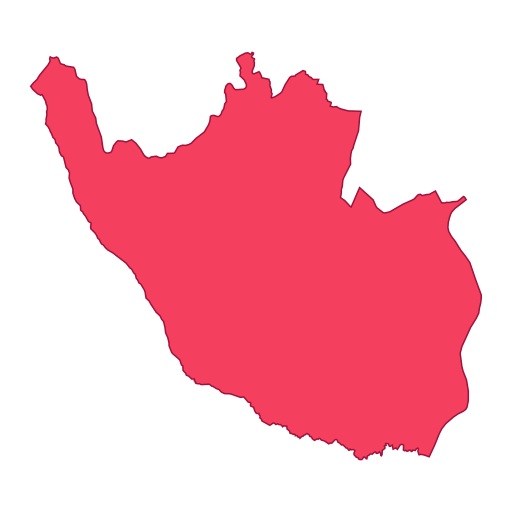 Espinal, Tolima, Colombia (Robinson projection)
{"feature_id": "7082276B91766477501685", "entity_name": "Espinal", "entity_type": "district", "adm_level": 2, "iso_a3": "COL", "parent_name": "Colombia", "parent_adm1": "Tolima", "projection": "robinson", "projection_center": [-74.907, 4.169], "detail": "fine", "context": "isolated", "style": "filled", "palette": "rose", "viewbox_px": 512, "rotation_deg": 0, "n_neighbors": 0, "source": "geoboundaries", "source_scale": "gbopen_adm2", "svg_char_len": 5938}
<svg xmlns="http://www.w3.org/2000/svg" viewBox="0 0 512 512"><path d="M30.7,86.3L33.0,89.6L37.5,93.7L40.6,95.2L42.1,94.6L45.5,100.9L46.2,104.1L47.1,106.1L47.3,109.5L46.6,111.6L46.9,114.6L46.0,119.5L46.2,121.6L45.5,123.9L48.0,126.6L49.7,129.7L50.3,131.6L51.6,133.8L53.0,137.5L55.0,139.4L55.7,142.9L56.7,143.9L58.8,147.1L59.5,152.1L61.4,155.8L62.9,156.5L63.6,157.3L66.1,167.6L68.2,169.7L69.5,172.9L69.1,178.1L70.4,182.6L72.9,189.0L72.9,193.1L74.7,198.6L76.5,201.9L80.4,205.7L80.6,209.8L81.0,210.6L82.8,211.9L83.4,213.6L85.6,216.2L88.5,221.5L91.1,223.0L90.6,227.3L90.9,228.9L94.7,232.6L96.6,235.3L97.7,238.2L99.4,239.7L100.6,242.6L101.9,244.2L103.5,245.1L105.3,247.6L108.0,250.1L112.6,252.7L126.1,263.1L129.7,267.7L131.9,269.5L133.7,272.9L135.4,274.5L136.3,278.4L137.6,279.8L139.0,283.0L140.6,283.9L141.3,284.9L144.2,289.7L145.1,292.0L146.0,298.0L149.3,301.2L150.6,303.8L156.2,312.3L160.0,315.8L161.7,319.3L163.6,321.6L165.0,327.4L165.6,332.8L167.8,337.7L169.0,342.9L169.1,345.9L171.7,352.4L172.5,353.5L179.8,359.9L181.5,365.0L182.8,365.9L183.1,370.5L185.6,373.2L186.3,375.1L188.8,376.2L191.8,379.1L194.4,378.9L194.6,379.4L194.2,380.7L195.6,381.7L195.3,382.6L195.6,383.1L197.2,383.7L199.7,383.8L201.1,384.6L209.3,384.2L211.8,386.2L212.8,386.3L216.6,388.7L218.8,389.4L221.3,392.0L224.5,393.6L230.2,393.8L240.6,397.4L243.7,396.9L248.2,402.1L250.4,402.6L250.8,403.6L250.4,404.9L250.6,406.0L253.6,407.3L254.7,410.8L255.8,412.8L256.8,413.5L259.0,413.5L259.0,414.7L260.1,415.8L259.8,417.8L261.5,419.4L262.0,421.0L269.6,425.2L270.6,424.9L273.0,423.1L273.9,423.1L274.7,423.4L275.7,424.5L277.7,423.8L278.8,424.6L280.7,424.6L282.7,426.8L283.6,425.9L286.8,426.2L287.0,428.9L289.5,431.1L290.1,433.3L291.8,433.6L293.1,434.3L294.7,434.3L295.5,435.1L295.3,435.7L297.4,435.8L298.0,437.1L299.4,437.3L300.0,438.3L301.6,436.6L303.1,436.2L303.6,435.3L305.2,434.8L306.8,433.5L308.9,434.6L310.0,436.5L311.5,437.0L312.3,438.7L314.5,440.4L316.9,439.0L318.2,439.2L319.1,438.4L319.8,438.5L321.4,440.1L324.4,440.9L328.8,443.9L329.9,443.1L331.9,443.1L335.1,439.7L336.4,439.5L337.1,440.1L338.1,442.4L339.6,443.0L341.4,445.0L343.0,444.8L346.1,448.0L347.3,448.2L348.6,450.1L349.7,450.1L350.2,449.1L351.3,449.8L353.2,449.6L354.5,450.1L354.9,450.9L353.9,453.2L354.1,454.8L356.2,457.1L358.3,457.9L358.6,459.0L360.0,459.6L361.8,459.6L364.0,456.9L364.7,457.1L366.1,458.7L366.9,458.8L367.3,456.1L369.0,455.2L370.1,454.0L372.4,454.1L374.4,452.2L375.2,451.9L375.9,452.2L376.2,453.3L377.0,453.4L378.1,453.1L379.4,451.8L380.8,453.9L380.8,455.5L381.4,455.8L382.0,454.7L382.3,450.5L384.9,448.3L385.0,447.4L384.3,446.2L384.7,445.7L386.1,445.4L385.5,444.0L385.8,443.5L388.3,443.7L389.4,446.3L390.4,446.3L392.3,445.1L393.1,449.2L395.8,447.9L397.4,449.4L400.4,444.6L402.8,444.5L403.5,445.2L403.4,450.1L404.9,450.8L405.8,450.2L407.0,451.3L408.2,451.0L409.4,450.0L410.3,450.2L411.3,451.5L412.1,451.3L412.7,450.1L415.4,450.5L416.5,448.5L417.9,448.2L418.3,448.9L417.9,451.5L418.9,454.7L419.7,454.8L420.6,454.3L424.2,455.0L429.2,456.8L434.8,444.7L439.3,433.6L442.0,428.4L445.8,423.6L453.6,416.9L457.8,414.0L463.2,411.3L465.7,409.4L466.9,407.5L468.3,400.8L468.3,390.9L466.5,380.0L463.1,371.3L461.9,366.6L460.2,353.6L460.5,351.9L461.9,346.5L470.6,327.4L476.3,318.2L478.7,313.3L479.4,308.3L480.7,302.8L481.3,297.7L481.2,294.8L475.8,280.2L469.8,262.5L465.0,255.6L461.0,250.6L455.1,241.2L451.4,236.4L448.7,231.4L447.9,227.5L448.3,222.4L449.4,218.0L450.5,214.5L451.7,212.1L455.0,208.4L466.2,199.7L464.5,197.0L463.5,196.5L457.7,201.3L452.3,201.8L449.3,202.5L446.5,202.3L445.2,203.0L441.6,202.8L435.4,191.0L429.3,194.4L426.8,194.5L423.0,195.4L421.7,195.3L420.4,194.3L419.0,194.5L417.7,195.1L414.2,199.0L412.8,199.8L403.2,204.1L389.7,211.9L384.4,213.0L383.1,212.6L377.0,207.8L375.9,206.2L373.2,199.9L359.6,187.6L351.2,207.0L350.1,206.3L344.7,200.5L340.5,197.6L341.3,193.1L341.4,189.2L342.3,186.5L342.8,180.4L343.4,178.4L350.6,164.2L350.4,158.7L351.0,153.4L351.7,150.5L353.0,148.4L353.8,145.0L358.5,130.8L359.7,117.0L361.1,111.3L348.2,110.9L340.7,108.9L338.2,107.8L336.6,106.6L333.5,107.0L330.2,106.2L331.2,103.1L331.1,102.3L327.7,101.1L327.5,100.0L326.4,99.3L326.7,93.3L325.4,92.2L325.2,91.1L324.5,90.9L322.8,84.5L317.1,84.2L318.7,79.4L312.9,79.4L311.0,77.4L308.8,76.5L308.0,75.0L305.7,74.3L305.4,71.4L303.0,70.6L295.8,74.9L295.0,76.1L291.5,76.3L289.7,77.5L285.2,84.6L281.9,91.8L280.4,93.3L275.1,96.7L271.7,97.9L271.2,97.4L272.1,93.7L271.4,92.6L271.3,89.4L269.9,85.6L270.1,82.1L269.2,80.5L269.0,79.3L261.7,77.7L261.6,76.6L260.1,73.1L259.0,71.7L254.3,73.7L253.2,73.7L252.5,73.2L252.1,72.2L252.3,71.0L254.2,66.0L254.4,62.7L253.8,60.6L254.5,59.5L254.4,58.7L252.6,58.0L251.7,57.0L251.8,56.2L253.3,54.4L253.5,53.0L252.1,52.4L251.4,53.9L250.3,54.1L247.9,52.8L245.4,53.1L240.2,55.7L237.1,58.0L236.6,58.4L236.5,59.6L236.6,60.5L240.8,67.6L240.8,68.6L239.9,70.5L240.4,72.1L240.0,75.9L244.3,80.0L246.3,84.4L246.4,86.6L245.4,88.2L243.7,89.2L235.5,89.7L233.8,88.4L232.2,85.4L230.8,83.9L230.0,83.4L228.1,83.7L226.0,85.9L224.7,90.4L224.6,92.7L225.7,93.9L226.4,101.5L224.7,103.9L223.8,108.7L222.0,111.4L221.0,114.3L219.3,116.2L217.6,116.6L214.1,115.4L213.0,115.4L211.4,115.7L210.4,116.5L209.9,120.9L208.7,124.6L204.4,131.9L195.9,138.5L191.5,143.0L188.8,144.6L185.5,145.4L182.4,145.2L178.0,146.9L174.8,152.5L174.0,153.2L167.4,153.4L165.5,156.5L161.7,157.9L158.9,157.4L156.4,156.2L151.2,156.9L149.4,158.2L147.7,158.0L145.3,156.5L143.6,154.6L140.5,149.1L136.0,143.3L131.6,139.7L126.0,142.0L122.7,141.1L117.9,140.8L116.4,142.0L113.5,145.8L111.9,150.8L111.2,151.9L109.9,152.7L107.4,153.1L106.0,152.8L104.5,151.8L103.6,150.4L102.9,147.8L101.3,136.9L96.4,123.5L95.7,118.0L92.3,111.1L91.6,103.9L88.3,95.2L87.2,89.4L86.7,84.2L85.9,81.6L85.0,80.0L84.0,79.4L81.1,79.4L79.2,78.8L76.5,76.3L74.9,69.3L73.6,67.3L65.9,66.0L64.1,64.7L61.0,63.9L60.3,63.2L58.2,58.2L56.6,57.0L53.7,58.1L51.5,57.6L50.2,56.9L49.6,58.9L50.1,61.2L48.0,65.0L39.6,75.2L36.9,79.6L33.5,82.8L30.7,86.3Z" fill="#f43f5e" stroke="#9f1239" stroke-width="1.5"/></svg>